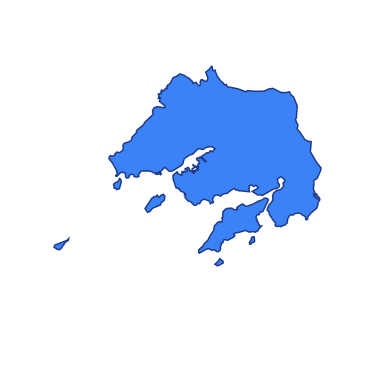 outline of Kota Tanjung Pinang, Kepulauan Riau, Indonesia, rotated 318°
{"feature_id": "22746128B73074683492420", "entity_name": "Kota Tanjung Pinang", "entity_type": "district", "adm_level": 2, "iso_a3": "IDN", "parent_name": "Indonesia", "parent_adm1": "Kepulauan Riau", "projection": "orthographic", "projection_center": [104.462, 0.915], "detail": "fine", "context": "isolated", "style": "filled", "palette": "blue", "viewbox_px": 384, "rotation_deg": 318, "n_neighbors": 0, "source": "geoboundaries", "source_scale": "gbopen_adm2", "svg_char_len": 6134}
<svg xmlns="http://www.w3.org/2000/svg" viewBox="0 0 384 384"><g transform="rotate(318 192 192)"><path d="M229.5,110.0L229.0,110.9L228.0,111.1L223.4,105.4L220.2,104.1L217.3,104.9L215.0,108.3L203.3,108.6L201.1,109.6L193.3,109.2L191.3,109.6L190.8,110.7L184.4,111.1L181.3,113.1L176.7,111.8L175.8,110.8L173.4,110.6L171.8,111.2L170.4,113.3L168.5,114.7L164.5,114.4L163.0,112.1L160.2,112.1L159.7,113.0L156.9,112.4L155.7,110.3L153.7,110.7L152.5,111.8L152.9,112.9L152.3,113.7L152.4,116.8L150.5,125.0L148.8,128.2L147.3,129.0L146.4,128.7L146.1,129.4L146.8,130.2L151.4,129.7L153.6,130.8L155.0,133.5L152.7,136.4L152.7,137.8L154.2,138.8L155.4,138.8L155.8,137.9L157.1,137.7L159.4,138.7L160.2,140.2L159.3,141.9L160.9,143.9L162.7,144.9L163.2,144.8L163.3,143.6L168.2,142.3L174.0,147.5L176.1,150.7L176.3,152.3L178.6,154.2L177.1,154.7L177.8,155.5L179.0,156.2L179.8,154.8L181.1,155.0L180.7,156.3L181.2,156.8L180.1,157.2L180.2,158.1L181.3,158.1L181.8,155.8L188.3,155.4L189.0,161.3L191.0,163.1L201.8,165.2L204.1,164.8L208.5,162.0L214.7,162.9L217.8,164.3L224.7,164.0L226.6,164.8L228.3,167.6L232.7,168.5L236.8,171.2L238.3,175.3L235.9,175.3L234.3,176.1L233.4,173.7L230.7,174.0L229.3,172.8L223.0,172.0L222.4,174.6L222.9,178.9L222.8,179.7L222.6,177.9L222.0,177.8L222.4,176.5L221.7,175.7L222.2,175.2L221.6,175.1L221.6,174.2L222.1,174.2L221.7,173.3L222.2,173.0L221.9,172.3L220.8,172.1L221.1,171.5L220.0,171.9L218.8,170.1L217.6,170.3L217.0,172.2L218.0,173.6L216.9,175.7L216.1,175.2L216.0,176.3L216.0,175.8L214.1,175.7L213.6,176.3L213.9,177.6L212.5,178.1L212.0,175.1L210.8,173.2L211.5,171.7L210.4,173.4L211.6,175.5L206.8,174.8L211.6,175.9L212.2,178.7L211.6,179.8L210.7,179.6L211.2,178.1L209.0,178.1L208.7,178.9L208.0,179.0L208.2,177.9L207.3,177.5L206.7,177.5L206.6,177.9L207.2,177.7L206.6,179.2L205.5,179.2L205.7,176.8L206.9,176.9L207.0,176.3L205.2,176.0L205.2,174.8L204.1,175.7L205.7,172.2L205.6,171.1L202.3,170.2L202.1,171.0L203.3,171.6L203.0,173.1L200.7,173.1L200.6,171.6L199.2,171.1L198.8,171.6L198.1,170.3L197.7,171.5L196.4,171.4L195.5,172.8L193.7,169.0L193.7,168.0L194.6,167.8L194.4,167.1L189.0,166.9L186.4,170.1L182.9,178.4L184.7,180.7L184.2,180.8L184.3,184.0L185.6,186.7L185.6,187.9L184.8,188.6L186.0,188.9L185.3,190.1L184.6,189.9L183.3,191.3L183.0,194.8L183.1,196.0L184.4,197.9L184.7,203.4L186.4,204.6L188.7,204.4L189.9,205.8L193.0,204.6L196.2,205.3L198.5,209.6L198.6,211.3L197.9,213.0L198.9,212.9L200.3,214.0L201.3,213.9L201.5,212.5L202.5,211.1L204.3,210.2L206.8,209.9L209.5,211.6L210.3,214.1L214.0,214.4L217.6,216.7L220.4,216.6L225.7,217.5L225.8,219.8L227.2,221.0L227.3,221.9L234.9,230.3L235.9,227.8L237.0,227.8L238.5,225.6L241.0,226.6L241.5,229.2L244.0,229.8L244.2,232.9L243.3,233.2L237.2,231.9L238.7,237.8L242.4,241.7L254.6,244.3L257.6,246.2L260.4,246.3L261.8,244.9L262.2,242.6L264.1,239.5L268.3,240.0L269.1,244.1L268.5,246.0L265.5,246.3L264.1,249.1L259.6,249.5L255.7,247.5L252.0,247.3L249.4,248.8L246.8,252.1L244.0,252.9L241.1,253.0L236.6,255.0L235.6,255.9L235.9,258.4L234.6,260.1L233.3,268.1L233.6,270.7L231.6,272.3L231.4,273.4L232.3,274.8L234.6,276.1L234.8,277.3L237.4,277.8L238.8,278.8L242.4,278.6L244.5,276.3L248.9,274.7L250.7,275.4L251.4,276.7L253.7,276.8L256.3,278.2L258.5,280.9L258.6,282.8L259.9,286.3L258.2,288.3L258.6,289.4L259.6,289.6L261.6,287.9L266.6,287.2L273.8,287.5L277.2,285.6L279.0,283.8L280.8,283.8L282.5,282.5L282.7,280.9L281.9,281.7L281.0,281.6L280.1,279.7L280.5,279.2L282.1,279.7L282.5,278.5L280.6,278.8L279.8,276.8L280.7,276.4L283.1,277.3L283.1,276.4L281.2,274.9L283.1,274.4L284.2,270.7L285.6,270.0L286.2,268.6L287.1,268.6L290.2,265.0L294.2,265.6L302.6,261.8L304.0,260.4L304.5,252.8L306.9,241.3L314.3,234.3L312.7,232.7L310.9,228.8L312.3,219.3L312.2,215.7L315.4,213.2L317.3,207.4L319.2,206.7L327.8,198.4L331.1,189.3L330.6,186.0L331.5,182.7L329.0,181.5L324.8,177.7L321.4,169.0L317.6,166.7L313.2,165.3L307.3,160.4L301.0,153.8L299.2,153.6L295.1,146.0L289.0,137.8L288.8,136.3L289.5,135.2L287.9,134.5L288.2,131.7L287.6,129.0L288.2,122.7L290.6,116.7L289.1,116.2L288.8,115.1L290.7,112.8L290.5,111.7L286.9,112.4L282.5,112.1L280.0,118.1L277.8,119.3L276.1,119.2L274.8,115.5L273.7,114.7L272.6,115.0L270.0,117.7L268.7,118.0L268.0,117.1L268.4,113.2L265.3,111.9L266.3,110.8L265.8,104.8L264.8,102.9L264.5,100.6L262.1,96.2L257.6,95.6L254.6,94.4L248.6,96.7L244.5,96.3L243.9,97.3L242.8,97.3L242.9,98.4L240.9,97.4L238.2,97.7L237.4,97.2L237.9,96.4L237.4,95.9L235.9,96.8L235.1,98.3L234.5,97.3L233.3,97.6L232.5,96.7L231.6,98.6L229.6,99.9L230.1,100.4L231.5,100.2L231.6,100.9L228.4,102.8L229.5,110.0ZM210.8,230.7L207.7,228.1L205.2,227.1L201.7,227.5L197.9,231.3L196.7,231.3L196.2,232.9L194.9,233.9L193.6,233.9L193.0,232.5L190.5,231.8L185.9,232.2L182.0,235.2L177.2,236.3L171.5,238.4L166.0,238.7L164.0,239.5L158.4,239.5L156.6,241.1L156.6,242.4L164.4,244.1L166.6,245.4L167.5,248.2L170.0,250.1L170.4,252.5L171.6,254.0L173.8,254.2L175.4,253.2L175.9,252.1L179.2,250.3L179.5,249.4L181.2,250.3L183.7,248.8L184.9,249.6L185.7,251.5L192.3,253.4L194.7,253.1L195.0,251.2L197.3,251.6L199.0,253.0L206.0,256.3L207.7,260.1L210.7,262.1L212.3,264.3L215.8,264.9L216.6,264.0L220.9,263.9L219.8,262.8L220.4,258.8L221.0,258.6L221.0,256.7L221.6,256.5L222.3,254.2L223.4,253.0L225.4,252.7L226.7,253.7L229.5,252.4L230.9,253.8L231.9,253.8L242.5,249.5L243.8,248.2L242.8,245.9L241.7,245.1L239.2,244.9L234.6,243.0L229.2,241.9L223.2,239.3L222.1,238.0L222.1,235.9L221.2,234.5L215.6,233.5L214.3,234.1L214.2,235.7L213.2,235.5L211.2,232.5L210.8,230.7ZM161.0,170.2L158.4,169.7L146.0,172.9L145.3,177.3L147.7,178.3L152.0,177.7L159.8,180.5L162.0,179.3L165.8,179.6L169.1,177.0L169.1,174.6L167.2,173.7L163.8,173.9L164.0,170.9L162.0,171.4L161.0,170.2ZM66.6,144.3L54.7,139.7L52.5,140.7L53.5,144.5L54.7,146.0L56.2,146.5L63.6,144.8L65.8,144.6L67.5,145.3L69.1,144.1L66.6,144.3ZM147.5,134.6L147.3,133.5L144.0,134.7L140.1,133.6L138.8,133.9L136.8,137.2L138.0,138.8L137.6,139.7L140.2,141.0L146.2,137.2L147.5,134.6ZM168.8,263.8L168.0,260.1L165.3,261.0L160.7,261.0L161.3,263.6L163.1,264.6L167.9,265.6L168.8,263.8ZM205.4,270.7L208.2,267.0L207.3,266.0L205.8,265.7L203.8,267.1L201.0,267.9L199.9,269.3L200.4,270.0L203.1,269.9L204.1,270.7L205.4,270.7Z" fill="#3b82f6" stroke="#1e3a8a" stroke-width="1.5"/></g></svg>